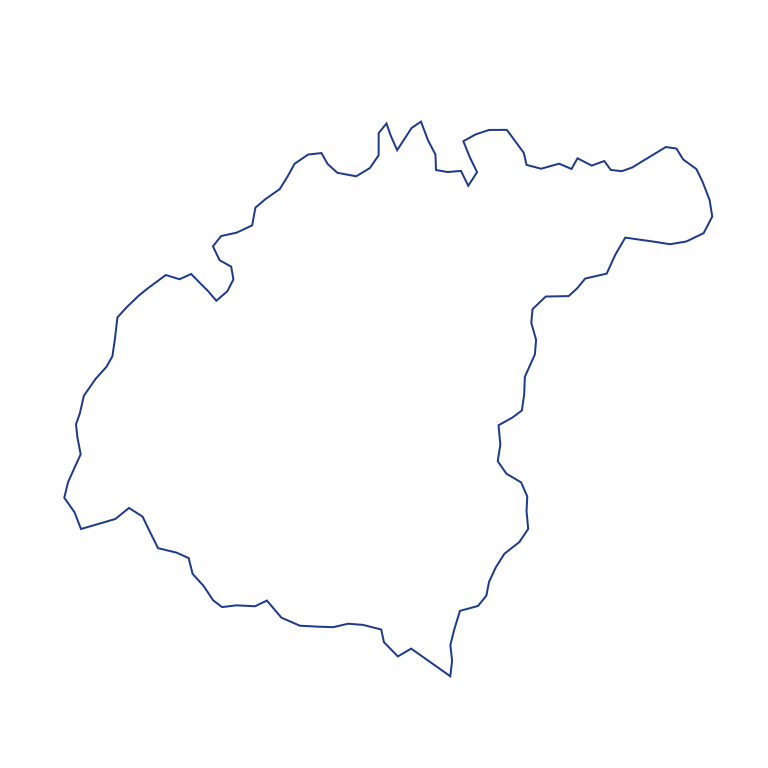 outline of Paulínia, São Paulo, Brazil, rotated 9°
{"feature_id": "56859067B57069551126176", "entity_name": "Paulínia", "entity_type": "district", "adm_level": 2, "iso_a3": "BRA", "parent_name": "Brazil", "parent_adm1": "São Paulo", "projection": "albers", "projection_center": [-47.141, -22.748], "detail": "fine", "context": "isolated", "style": "outline", "palette": "blue", "viewbox_px": 768, "rotation_deg": 9, "n_neighbors": 0, "source": "geoboundaries", "source_scale": "gbopen_adm2", "svg_char_len": 1870}
<svg xmlns="http://www.w3.org/2000/svg" viewBox="0 0 768 768"><g transform="rotate(9 384 384)"><path d="M110.3,359.9L111.2,381.9L111.4,399.1L107.1,410.6L98.3,424.1L89.4,442.6L88.2,460.5L86.1,472.0L89.4,484.2L95.4,500.9L90.8,517.4L87.3,530.4L86.0,546.4L98.4,559.1L107.4,574.6L139.8,559.3L151.5,546.3L166.3,552.8L176.4,567.3L186.5,581.5L205.4,583.0L218.3,586.5L224.7,601.5L237.4,611.7L249.1,624.4L259.0,629.7L272.8,625.7L291.4,623.7L302.2,616.2L319.3,630.9L338.8,635.9L357.7,633.9L371.9,632.1L386.0,626.4L400.7,625.2L419.6,626.9L424.4,639.1L440.3,650.9L452.2,641.1L495.2,662.3L494.5,646.4L490.4,631.7L491.8,615.4L494.5,596.2L511.6,588.5L518.2,577.0L518.7,563.0L523.1,547.6L529.5,532.8L542.4,518.9L549.1,504.6L544.7,487.4L543.1,472.7L534.8,459.7L519.0,453.5L508.4,442.5L508.4,425.8L503.6,406.8L516.0,397.1L524.3,388.6L524.1,372.6L522.0,354.9L528.4,331.2L527.3,316.5L519.9,300.5L519.0,286.8L530.1,272.3L552.6,268.3L559.8,259.3L566.2,248.4L586.7,240.1L592.2,220.2L599.4,201.7L628.8,201.2L644.7,201.2L660.2,196.0L676.1,185.0L682.0,167.3L676.8,151.3L667.1,134.6L659.0,122.9L644.3,115.4L636.0,105.7L625.2,105.9L595.3,131.3L585.6,136.6L574.5,137.1L566.7,129.3L555.0,135.8L539.8,130.8L535.6,142.3L522.5,139.0L505.5,146.8L490.5,145.3L485.9,133.8L465.6,113.8L448.1,116.6L435.5,123.1L424.4,131.8L433.4,146.8L442.8,160.2L436.2,175.0L426.7,161.5L413.6,164.7L401.9,164.5L398.9,149.3L389.4,136.5L379.5,119.1L371.2,126.8L360.4,151.0L351.7,137.5L345.7,126.3L339.5,137.0L342.9,159.0L336.2,173.0L324.0,183.2L304.9,182.7L293.9,175.5L286.1,165.7L273.2,169.2L261.2,180.5L256.6,193.4L250.6,207.7L238.2,219.7L229.4,229.9L229.0,247.9L214.7,257.6L200.0,263.3L193.5,274.8L202.3,287.5L214.7,292.0L218.9,304.3L214.7,317.0L205.3,328.0L195.6,319.7L185.7,312.5L176.3,305.5L165.7,312.5L151.4,310.5L136.2,326.0L128.0,335.0L117.8,348.5L110.3,359.9Z" fill="none" stroke="#1e3a8a" stroke-width="2"/></g></svg>